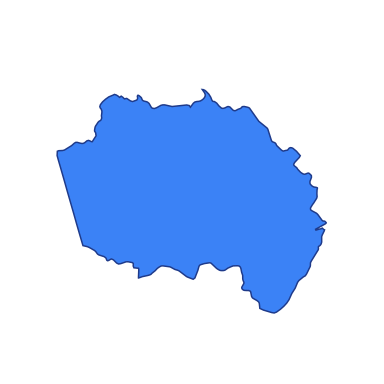 the Region of Cuyuni-Mazaruni, rotated 26°
{"feature_id": "GUY-676", "entity_name": "Cuyuni-Mazaruni", "entity_type": "Region", "adm_level": 1, "iso_a3": "GUY", "parent_name": "Guyana", "parent_adm1": "", "projection": "albers", "projection_center": [-59.812, 6.174], "detail": "fine", "context": "isolated", "style": "filled", "palette": "blue", "viewbox_px": 384, "rotation_deg": 26, "n_neighbors": 0, "source": "natural_earth", "source_scale": "10m", "svg_char_len": 4748}
<svg xmlns="http://www.w3.org/2000/svg" viewBox="0 0 384 384"><g transform="rotate(26 192 192)"><path d="M173.0,285.6L171.6,284.3L170.6,282.0L169.4,281.6L165.2,282.7L163.4,283.6L159.4,287.6L157.6,288.9L155.4,288.9L151.1,287.4L149.0,287.5L148.3,288.2L147.1,290.1L146.2,290.8L145.4,290.7L144.8,290.2L144.1,289.5L143.4,289.0L141.4,288.6L135.8,289.4L134.4,289.2L133.3,288.7L132.3,288.1L131.1,287.6L130.0,287.3L124.1,286.9L121.9,287.0L117.5,288.0L110.0,279.8L102.5,271.5L95.1,263.2L87.7,255.0L80.2,246.7L72.8,238.4L65.4,230.2L57.9,221.9L54.8,218.4L53.1,214.4L54.1,213.3L57.4,211.5L58.9,210.3L63.5,203.0L64.8,199.8L65.7,198.4L67.0,197.7L70.2,197.1L71.9,196.6L73.0,195.9L74.0,194.6L75.1,192.1L76.3,191.0L77.7,190.8L79.1,190.9L80.2,190.6L80.5,189.1L80.6,187.7L81.1,184.0L80.9,183.0L80.6,182.7L80.3,182.4L80.0,181.8L79.5,181.1L77.8,180.0L77.3,179.1L76.5,176.3L76.4,175.2L77.0,170.5L77.5,169.1L78.4,167.9L78.6,167.1L78.6,166.3L78.5,165.5L78.2,164.7L77.2,163.2L76.2,160.2L75.5,158.7L74.0,157.3L72.6,156.6L71.7,155.6L71.4,153.6L72.1,150.2L73.6,146.5L75.5,143.0L78.6,139.5L79.5,138.3L81.4,138.0L83.5,138.2L85.4,138.7L86.3,136.9L88.3,137.2L90.4,137.9L92.3,136.5L96.7,137.1L98.8,136.8L99.3,136.4L102.0,133.6L102.1,133.2L102.2,132.4L102.0,131.4L101.0,130.1L100.8,129.0L101.4,128.6L102.6,128.7L104.8,129.3L105.5,129.7L106.2,130.4L107.0,131.1L108.2,131.4L109.1,131.3L111.4,130.8L112.6,130.7L114.6,131.2L118.1,133.6L119.6,134.1L121.7,133.4L123.3,131.7L126.1,127.7L127.7,126.4L129.5,125.6L136.6,123.9L149.1,116.1L151.7,115.5L153.4,116.5L154.3,111.6L155.1,109.9L156.6,108.6L158.3,107.6L159.7,106.4L160.6,105.0L161.4,103.4L161.8,101.7L161.8,100.0L161.0,98.4L159.7,97.3L156.3,95.4L157.4,95.0L159.1,95.0L160.7,95.4L164.3,96.7L167.3,98.6L169.6,100.7L170.4,101.2L171.1,101.4L172.4,100.9L173.5,101.0L175.3,101.3L178.4,102.8L181.8,103.7L182.5,103.5L183.1,103.3L183.8,102.8L184.5,102.2L185.1,101.5L185.6,100.8L186.0,100.3L186.5,99.7L187.4,99.2L188.9,99.0L192.8,100.4L193.7,100.5L194.6,100.3L195.3,99.9L195.9,99.2L196.8,97.9L197.4,97.2L198.7,95.9L199.2,95.2L199.6,94.0L199.7,93.4L200.4,92.8L201.6,92.2L204.5,91.5L205.9,91.3L206.9,91.4L221.1,99.2L231.4,101.6L232.0,101.9L232.7,102.4L240.8,110.9L241.3,111.2L242.1,111.6L244.9,111.4L245.6,111.6L246.3,111.9L247.7,113.1L253.5,115.0L255.0,115.3L256.1,115.2L258.1,113.5L259.3,112.7L259.6,112.2L260.0,110.4L260.2,109.9L260.5,109.5L261.0,109.0L262.1,108.6L262.9,108.5L263.6,108.5L268.1,109.6L273.4,111.9L273.3,113.9L271.4,120.2L271.2,121.9L271.5,123.0L272.2,123.5L272.9,123.7L275.3,124.2L275.9,124.5L277.0,125.2L277.5,125.4L281.0,126.7L282.2,126.9L283.5,127.0L284.1,127.0L284.7,126.9L285.3,126.7L285.8,126.4L287.6,124.5L288.2,124.0L289.3,123.9L292.0,124.8L292.9,126.3L293.0,126.9L293.4,130.8L294.0,132.1L294.7,133.0L295.6,133.4L297.4,134.0L298.9,134.1L299.4,134.0L300.0,133.9L301.2,133.5L302.0,133.3L302.8,133.3L303.3,134.2L303.3,134.9L304.9,138.6L306.5,141.4L306.8,143.0L306.2,148.6L305.8,150.7L305.5,154.2L305.9,155.3L306.4,155.9L306.9,156.1L308.1,156.3L313.1,156.5L314.2,156.8L315.2,157.2L321.0,160.3L321.9,160.6L322.7,160.6L323.2,160.3L323.9,160.1L324.4,160.1L326.0,160.7L326.2,160.9L325.9,162.0L319.4,171.3L319.8,171.6L320.1,171.9L323.1,169.2L324.1,168.5L324.4,168.1L324.6,167.6L325.0,167.3L326.3,167.8L327.2,168.0L327.7,167.9L327.9,169.0L327.9,173.4L328.1,175.3L330.5,180.1L330.8,181.8L330.8,182.7L330.6,183.6L330.3,184.4L329.8,185.1L329.6,185.9L330.0,186.7L330.5,187.5L330.8,188.5L329.5,201.7L329.5,203.7L330.6,206.1L330.9,207.2L330.9,215.3L330.6,217.6L329.3,219.5L326.9,224.7L326.5,226.9L326.9,233.2L326.2,239.5L326.4,246.3L325.8,250.5L324.6,254.5L322.9,258.6L320.6,262.9L318.9,264.7L316.6,265.4L308.1,266.8L304.0,266.9L301.5,262.9L301.0,262.3L300.4,261.8L299.7,261.5L298.9,261.3L297.9,261.1L293.5,260.8L292.7,260.6L292.0,260.2L291.3,259.7L288.7,256.3L288.2,255.8L287.5,255.6L286.5,255.6L282.9,257.2L282.0,257.5L281.1,257.6L279.8,257.3L279.0,256.7L278.6,256.1L278.5,255.4L278.7,251.6L278.5,250.9L278.1,250.3L276.7,249.1L276.1,248.4L275.6,247.7L274.2,244.9L273.7,244.3L271.8,242.4L269.7,239.6L269.1,239.0L268.4,238.4L267.6,238.0L266.9,237.9L265.9,238.1L265.1,238.4L261.5,240.3L260.6,241.2L259.5,242.4L257.6,244.7L256.3,247.1L255.8,247.9L254.9,248.7L253.2,249.6L252.2,250.0L251.2,250.2L250.6,250.2L249.1,250.1L247.6,249.9L240.3,247.6L239.7,247.7L239.3,247.7L238.7,248.0L234.5,250.9L231.7,253.5L231.2,254.1L230.9,255.0L230.9,256.1L231.6,259.8L232.3,268.0L231.3,269.9L225.6,270.4L224.1,270.4L215.2,268.6L213.6,268.6L210.5,269.1L206.2,268.9L205.5,268.9L204.8,269.0L198.4,271.1L197.3,271.6L196.4,272.4L195.5,273.7L194.3,275.9L193.4,278.9L191.6,282.7L191.2,284.0L190.4,285.0L189.0,286.3L184.4,289.9L182.4,292.0L181.6,292.7L181.4,292.4L178.2,285.1L177.4,284.0L173.0,285.6Z" fill="#3b82f6" stroke="#1e3a8a" stroke-width="1.5"/></g></svg>